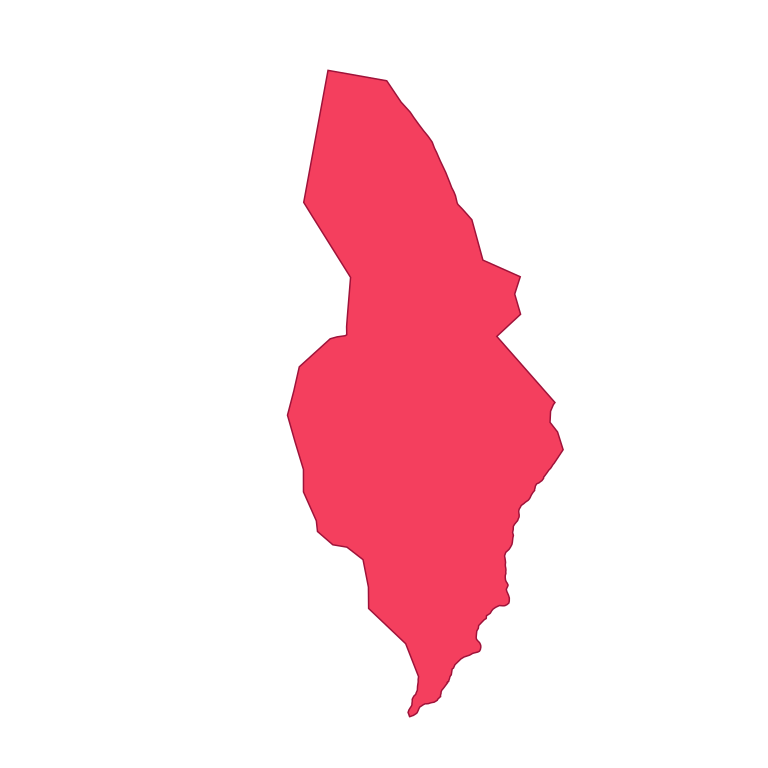 San Pedro Mixtepec -Dto. 26 -, Oaxaca, Mexico, rotated 226°
{"feature_id": "50627088B31998279857894", "entity_name": "San Pedro Mixtepec -Dto. 26 -", "entity_type": "district", "adm_level": 2, "iso_a3": "MEX", "parent_name": "Mexico", "parent_adm1": "Oaxaca", "projection": "albers", "projection_center": [-96.262, 16.226], "detail": "fine", "context": "isolated", "style": "filled", "palette": "rose", "viewbox_px": 768, "rotation_deg": 226, "n_neighbors": 0, "source": "geoboundaries", "source_scale": "gbopen_adm2", "svg_char_len": 3075}
<svg xmlns="http://www.w3.org/2000/svg" viewBox="0 0 768 768"><g transform="rotate(226 384 384)"><path d="M251.9,494.1L339.9,498.2L339.3,530.7L357.9,540.5L366.5,556.5L404.4,541.2L441.1,561.3L455.0,561.9L461.9,561.9L463.6,562.5L469.8,566.2L473.8,567.8L478.2,569.1L483.1,571.2L493.1,575.3L499.9,577.6L505.3,579.4L509.6,581.0L513.8,582.6L518.5,584.1L524.5,586.7L531.4,587.8L538.8,588.4L547.0,589.4L554.7,590.5L561.5,591.7L574.9,592.1L600.2,596.6L648.5,561.6L570.4,452.4L553.8,448.8L483.9,434.0L459.3,406.0L451.2,396.9L445.3,391.4L445.7,389.6L450.5,383.0L453.9,376.7L455.2,335.0L441.7,314.4L428.6,292.9L403.9,279.7L378.5,266.7L362.3,251.1L332.6,240.3L324.1,233.7L303.9,235.5L292.4,244.0L272.2,246.9L248.7,231.7L233.2,217.0L182.1,219.2L149.5,205.6L147.8,203.4L145.9,201.6L143.3,198.2L140.6,195.3L139.4,192.4L138.7,191.2L138.8,189.0L138.3,187.2L137.6,185.3L136.2,184.0L134.7,182.1L134.0,181.5L133.3,180.1L132.9,178.2L132.6,177.0L132.1,175.1L131.5,174.3L131.2,173.3L129.8,172.6L128.9,172.3L128.4,172.0L127.4,171.5L126.8,171.4L125.8,173.7L125.2,174.9L124.6,177.9L124.5,179.4L125.5,182.0L126.3,183.8L126.8,185.6L126.5,186.7L126.0,189.5L125.4,191.4L124.4,192.5L123.3,193.8L122.4,195.7L121.6,197.1L120.3,199.0L119.7,201.5L119.5,202.7L119.9,203.6L119.9,205.3L120.0,206.4L119.8,207.5L121.1,208.7L121.6,209.8L122.9,211.3L123.6,212.9L123.8,215.1L124.9,222.0L125.2,221.8L125.3,221.8L125.6,223.0L125.2,224.0L125.5,224.4L125.6,224.6L126.0,225.3L126.9,227.0L127.5,227.8L128.1,229.7L128.0,230.3L131.6,235.0L131.4,236.7L131.9,237.8L132.8,240.1L132.8,248.4L132.0,252.0L129.5,257.2L128.9,259.5L128.7,260.5L128.2,261.5L127.4,262.9L126.0,265.3L125.5,267.1L126.0,268.8L127.4,270.8L128.5,271.8L129.8,272.5L131.8,273.1L133.2,273.0L136.1,273.2L137.6,274.2L139.8,276.7L141.9,279.2L142.7,282.1L144.5,284.3L144.7,289.1L144.8,292.5L144.3,294.6L146.2,296.9L145.9,297.8L145.6,299.1L145.3,301.2L146.1,304.1L146.3,306.2L145.8,309.2L144.5,313.1L141.8,315.5L140.6,316.9L139.9,319.0L139.7,321.6L140.8,323.3L143.0,325.5L145.5,326.8L149.6,328.3L151.4,329.4L152.7,332.8L153.2,333.6L154.1,333.9L155.2,334.3L156.2,334.4L157.5,334.8L158.5,335.2L160.5,336.7L162.0,338.2L163.0,340.0L164.3,341.1L165.5,342.5L167.0,343.7L168.7,344.8L169.9,345.9L171.1,347.4L172.5,348.5L174.6,350.0L176.6,351.3L178.3,354.6L178.2,359.1L178.7,361.4L179.7,364.5L180.9,366.3L183.8,369.8L185.2,371.9L187.9,373.4L189.5,375.8L191.8,378.2L192.4,380.5L192.7,383.0L192.9,385.2L193.6,386.6L194.5,388.8L195.9,390.3L197.5,391.4L199.0,392.6L200.1,394.4L200.7,396.7L201.3,398.3L200.8,402.0L200.8,403.2L200.6,404.6L200.2,406.9L200.4,408.9L200.8,410.3L201.5,412.0L201.9,413.2L202.3,414.8L202.6,416.3L202.8,418.4L203.4,418.9L203.7,419.3L204.2,420.3L204.8,421.1L205.4,422.0L205.6,422.5L205.8,423.4L206.1,424.3L205.9,425.2L205.5,426.1L205.2,427.1L205.1,428.5L204.8,430.5L205.0,431.7L205.2,433.1L206.1,434.2L206.3,435.9L206.7,438.3L206.9,439.5L207.2,440.9L207.6,443.0L207.6,445.2L208.1,447.5L208.6,449.4L208.8,451.4L212.3,467.2L228.9,475.5L241.1,476.8L244.0,479.9L248.7,484.9L251.5,491.5L251.9,494.1Z" fill="#f43f5e" stroke="#9f1239" stroke-width="1.5"/></g></svg>